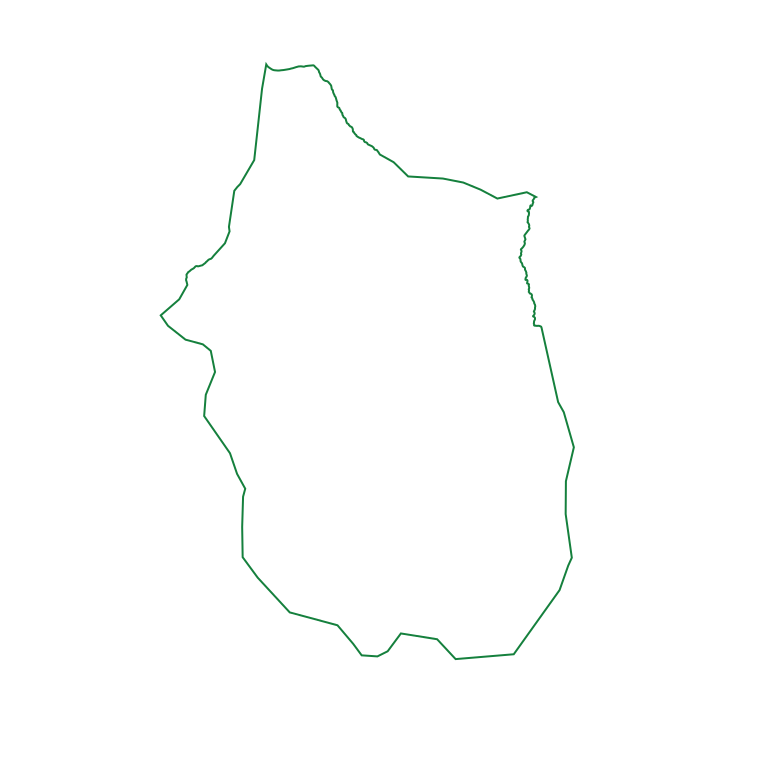 Ider, Dzavhan, Mongolia (orthographic projection), rotated 27°
{"feature_id": "93677404B17775092905458", "entity_name": "Ider", "entity_type": "district", "adm_level": 2, "iso_a3": "MNG", "parent_name": "Mongolia", "parent_adm1": "Dzavhan", "projection": "orthographic", "projection_center": [97.467, 48.187], "detail": "fine", "context": "isolated", "style": "outline", "palette": "green", "viewbox_px": 768, "rotation_deg": 27, "n_neighbors": 0, "source": "geoboundaries", "source_scale": "gbopen_adm2", "svg_char_len": 6081}
<svg xmlns="http://www.w3.org/2000/svg" viewBox="0 0 768 768"><g transform="rotate(27 384 384)"><path d="M487.3,635.9L501.8,629.7L508.6,620.5L512.3,598.6L547.2,587.3L572.7,596.6L622.3,565.9L634.0,487.9L630.6,462.2L630.2,453.5L604.9,417.4L590.2,388.0L581.9,354.2L557.0,327.5L547.4,321.1L498.8,262.3L498.0,261.6L497.0,261.6L495.7,261.8L494.7,262.3L494.2,262.6L493.6,262.9L491.5,263.7L491.2,263.6L491.2,263.2L490.9,262.9L490.7,262.7L490.3,262.5L490.1,262.2L489.6,260.8L489.2,259.9L489.2,258.5L489.1,257.7L488.7,256.9L488.4,256.5L487.8,256.2L487.4,256.1L487.0,256.0L486.3,256.1L486.1,256.0L486.0,255.8L486.4,254.3L486.4,253.5L486.3,253.0L486.1,252.6L485.7,252.1L485.4,251.8L484.7,251.5L484.6,251.2L484.6,249.9L484.6,249.3L484.5,248.8L484.4,248.4L484.2,248.0L484.0,247.7L483.8,247.2L483.6,246.3L483.1,245.5L482.4,244.7L481.6,244.2L481.3,244.0L481.1,243.6L480.8,243.2L480.0,242.5L478.6,241.6L478.0,241.4L477.8,241.1L477.5,240.6L477.0,240.2L476.8,240.0L476.4,240.0L476.1,239.8L475.9,238.5L475.7,238.1L475.4,237.6L475.0,237.3L474.8,237.1L474.1,237.0L473.8,236.9L473.1,237.1L472.7,237.1L472.4,236.8L472.1,236.5L471.7,236.4L471.2,236.2L471.1,235.9L470.9,235.4L470.6,234.5L470.3,234.2L470.1,234.1L470.0,233.9L469.9,233.6L469.9,233.3L469.8,232.5L469.3,231.8L468.3,230.7L468.2,230.4L468.1,229.7L467.8,229.4L467.5,229.2L467.1,229.2L466.6,229.2L466.3,229.4L466.1,229.4L465.7,229.2L465.5,228.4L465.2,227.4L465.1,227.0L464.7,226.6L464.4,226.4L463.9,226.4L463.6,226.5L463.1,226.9L462.8,226.9L462.6,226.7L462.4,226.3L462.3,225.8L462.1,225.2L462.1,224.4L462.3,223.6L462.2,223.0L462.1,222.6L461.8,222.2L460.8,221.2L460.6,220.9L460.2,220.0L459.7,219.6L459.2,219.1L458.0,218.3L457.7,218.1L457.5,217.6L457.0,216.8L456.8,216.6L456.3,216.4L455.7,216.3L454.9,216.3L454.3,216.1L454.0,215.8L453.4,215.3L452.9,214.6L452.5,214.2L452.0,213.7L450.8,213.2L450.2,212.8L450.0,212.6L449.1,211.2L448.7,210.7L448.3,210.4L447.6,210.2L447.3,210.0L447.2,209.7L447.2,209.2L447.4,208.6L447.7,207.6L447.6,207.1L447.6,206.5L447.5,206.3L447.1,205.9L446.9,205.7L446.7,205.2L446.6,204.7L446.5,204.1L446.3,203.3L446.0,202.9L445.3,202.3L445.0,202.2L444.9,201.9L444.9,201.6L445.3,200.5L445.6,199.4L445.8,198.5L445.9,197.5L446.0,196.6L445.9,195.6L445.7,194.8L445.5,194.5L444.8,193.8L444.5,193.5L444.5,193.3L444.4,192.9L444.4,192.3L444.4,191.6L444.4,191.4L444.3,190.8L443.6,190.1L442.6,189.1L442.1,188.6L441.8,188.3L441.7,187.7L441.8,186.9L442.2,184.8L442.7,182.0L443.1,180.4L443.1,179.6L443.0,179.2L442.8,179.0L441.9,178.3L441.7,177.9L441.7,177.4L441.5,176.9L441.2,176.5L440.8,176.0L440.1,175.5L439.1,174.9L438.6,174.8L438.4,174.6L438.2,173.5L438.0,173.1L437.4,172.3L437.1,171.4L436.6,170.2L436.4,169.8L436.3,169.4L436.4,169.0L436.4,168.5L436.4,168.1L436.3,167.6L436.2,167.3L435.9,166.7L435.7,166.0L435.4,165.6L435.1,165.0L434.8,164.8L434.4,164.8L434.0,164.9L433.7,164.9L433.2,164.6L433.1,164.3L433.1,163.9L433.3,163.4L433.7,163.0L434.1,162.6L434.3,162.4L434.3,162.0L434.3,161.4L434.0,160.1L433.6,159.2L433.5,158.8L433.5,158.5L433.6,158.3L434.0,158.3L434.6,158.4L434.8,158.2L434.9,157.8L435.0,157.3L434.9,156.6L434.6,155.8L434.6,154.5L434.4,154.1L433.4,153.5L433.2,153.0L433.2,152.7L433.4,151.8L433.5,151.2L433.5,150.8L433.4,150.4L433.4,149.9L433.6,149.5L434.5,148.4L424.2,148.3L400.8,167.3L381.9,167.0L363.2,168.5L343.2,174.2L311.3,188.1L291.9,182.0L276.1,181.4L273.5,179.8L272.8,179.6L271.8,178.9L271.3,178.9L270.9,178.9L270.4,179.1L269.8,179.3L269.3,179.3L268.9,179.2L267.8,178.4L267.4,178.1L266.6,177.9L265.3,177.6L261.0,177.8L260.3,177.5L259.7,177.0L259.2,176.9L258.6,176.8L257.2,177.1L256.2,176.8L255.7,176.2L255.1,175.6L254.6,175.5L254.2,175.5L253.2,175.7L251.1,175.7L249.7,175.8L249.0,175.7L248.1,175.7L247.8,175.6L247.5,175.5L247.0,175.5L246.7,175.3L246.4,174.9L246.0,174.7L245.2,174.6L243.5,173.8L243.2,173.7L242.7,173.2L242.3,173.1L241.8,173.2L241.6,173.0L240.8,171.6L240.5,171.1L240.1,170.7L239.6,170.3L238.8,169.8L237.9,169.7L237.0,169.8L236.2,169.5L235.2,169.2L234.6,168.7L234.1,168.5L233.5,168.5L233.1,168.5L232.3,168.2L230.6,166.5L229.9,165.6L229.3,165.1L228.7,164.8L227.1,164.6L226.6,164.4L225.6,163.5L224.8,163.1L224.6,162.8L224.1,162.0L223.9,161.7L223.6,161.4L223.0,161.4L222.5,161.1L222.1,160.7L221.5,160.4L221.3,160.1L221.0,159.9L220.3,159.7L219.9,159.4L219.6,159.1L219.2,158.7L218.7,158.3L218.2,158.3L217.2,158.3L216.7,158.1L216.4,157.9L215.6,156.4L214.8,154.7L214.6,154.4L213.1,153.0L212.2,152.0L210.7,150.4L209.9,150.0L209.4,149.8L209.1,149.6L208.9,149.3L208.6,149.1L208.3,148.7L207.7,148.4L206.3,147.2L205.2,145.6L204.8,145.4L204.4,145.4L203.9,145.2L203.4,144.7L201.9,142.7L201.4,142.1L199.9,141.3L198.3,140.7L197.6,140.3L196.6,140.1L196.0,140.0L195.3,140.2L194.7,140.4L194.4,140.5L193.9,140.5L193.4,140.6L192.4,140.5L191.5,140.3L189.6,139.2L188.6,138.9L188.0,138.7L186.4,136.9L185.6,136.2L184.8,135.8L184.6,135.6L184.2,135.1L183.3,134.2L182.7,133.9L178.4,132.6L177.5,132.2L177.0,132.1L176.6,132.1L176.1,132.3L175.3,132.8L172.1,134.8L170.8,135.7L169.8,136.4L168.9,137.4L168.4,137.7L167.6,138.0L165.9,138.6L163.9,139.7L161.9,141.5L159.4,144.0L157.8,145.3L156.9,146.2L154.9,147.7L151.9,149.9L150.0,151.1L148.1,152.4L146.9,153.0L143.9,154.2L142.8,154.5L141.3,154.6L139.4,154.4L137.2,154.1L135.8,153.7L134.0,152.7L141.3,176.3L166.7,243.4L165.1,271.2L163.9,274.9L162.9,279.8L174.5,314.4L177.1,318.1L178.4,330.8L174.0,347.1L173.5,349.7L173.1,350.8L171.7,352.3L171.2,353.1L170.4,355.5L170.1,356.0L170.0,356.6L169.9,357.1L169.6,357.8L168.7,359.6L168.3,360.6L167.6,361.2L165.3,363.3L164.9,363.6L164.6,363.7L163.9,363.8L163.5,364.0L162.8,364.6L162.6,365.0L162.0,367.1L161.7,367.6L161.3,368.3L160.4,369.6L159.5,371.9L159.2,372.5L158.8,373.1L158.7,373.5L158.7,374.1L158.6,374.6L158.5,375.2L158.4,375.8L158.4,376.3L158.6,376.6L159.6,378.2L159.9,378.7L159.9,379.6L160.0,380.1L160.2,380.6L160.5,381.3L161.7,382.5L163.8,385.0L163.1,401.5L153.9,424.2L165.1,430.2L187.0,434.6L204.6,430.9L214.6,433.1L228.0,450.0L230.1,474.5L238.3,494.2L278.2,515.6L293.9,530.8L307.9,540.3L309.6,548.4L322.5,575.7L336.7,602.5L359.4,613.9L403.7,630.3L452.1,620.1L474.5,629.5L487.3,635.9Z" fill="none" stroke="#15803d" stroke-width="2"/></g></svg>